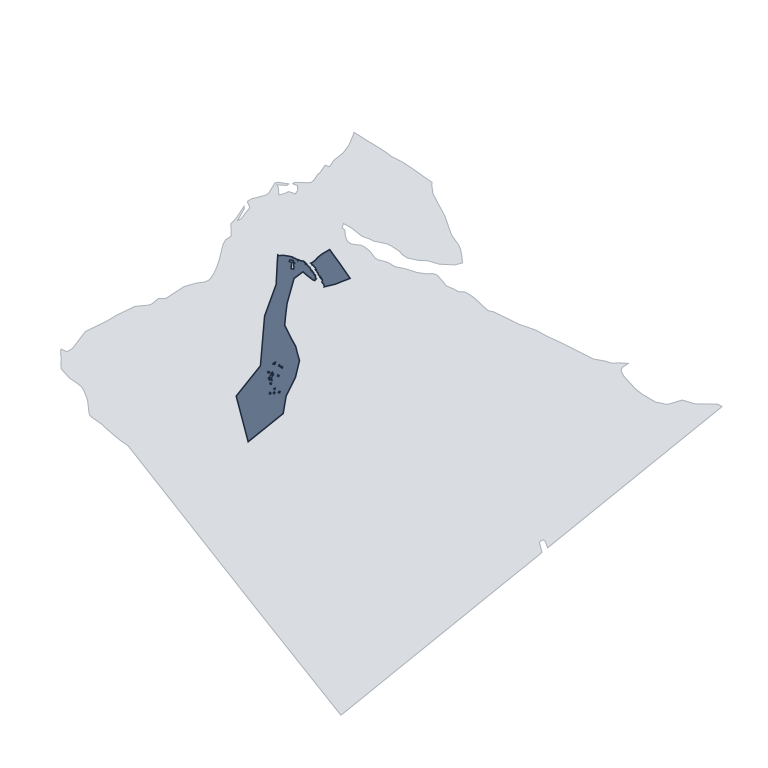 Zemam Out, Al Jizah, Egypt (highlighted), rotated 321°
{"feature_id": "37247803B81980397210132", "entity_name": "Zemam Out", "entity_type": "district", "adm_level": 2, "iso_a3": "EGY", "parent_name": "Egypt", "parent_adm1": "Al Jizah", "projection": "robinson", "projection_center": [30.957, 29.003], "detail": "fine", "context": "in_parent", "style": "filled", "palette": "slate", "viewbox_px": 768, "rotation_deg": 321, "n_neighbors": 0, "source": "geoboundaries", "source_scale": "gbopen_adm2", "svg_char_len": 8144}
<svg xmlns="http://www.w3.org/2000/svg" viewBox="0 0 768 768"><g transform="rotate(321 384 384)"><path d="M632.3,614.3L618.8,614.3L605.2,614.3L591.7,614.3L578.2,614.3L564.7,614.3L551.1,614.3L537.6,614.3L524.1,614.3L510.5,614.3L497.0,614.3L483.5,614.3L470.0,614.3L456.4,614.3L442.9,614.3L429.4,614.3L415.9,614.3L408.1,614.3L409.5,610.1L410.3,607.1L409.4,605.0L406.7,604.5L405.0,605.1L401.0,614.0L398.9,614.4L394.1,614.4L378.3,614.4L362.6,614.3L346.8,614.3L331.1,614.3L315.3,614.3L299.6,614.3L283.8,614.3L268.1,614.3L252.3,614.3L236.6,614.3L220.8,614.3L205.1,614.3L189.3,614.3L173.6,614.3L157.8,614.3L142.1,614.3L142.2,603.6L142.3,592.9L142.4,582.2L142.5,571.5L142.6,560.8L142.7,550.1L142.8,539.3L142.9,528.6L143.0,517.9L143.1,507.2L143.2,496.5L143.3,485.8L143.4,475.1L143.6,464.4L143.7,453.7L143.9,443.0L144.0,432.2L144.1,421.5L144.3,410.8L144.4,400.1L144.6,389.4L144.7,378.7L144.9,368.0L145.0,357.3L145.2,346.6L145.3,335.9L145.5,325.1L145.6,314.4L145.8,303.7L145.9,293.0L146.1,282.3L146.2,271.6L145.9,269.6L143.7,262.3L141.8,253.1L139.8,241.7L139.5,238.0L136.0,226.3L135.7,223.0L136.7,220.6L143.0,210.8L144.9,206.0L146.6,200.2L147.2,195.5L145.5,188.4L143.5,182.0L142.9,175.4L142.8,168.9L146.0,164.5L149.8,160.4L151.2,157.8L153.5,155.0L155.0,153.6L157.9,159.4L164.2,160.4L184.9,155.3L207.5,160.5L220.0,162.4L239.2,166.9L250.9,174.7L254.1,175.7L262.5,175.6L268.0,180.2L290.1,182.5L301.8,187.6L308.5,191.7L312.5,193.0L316.0,192.8L320.8,191.2L326.9,188.3L333.4,184.3L347.1,174.0L351.9,172.2L355.1,172.7L358.9,172.6L360.5,169.8L362.5,167.9L363.8,165.7L365.9,163.1L372.9,162.3L387.1,157.8L385.5,160.0L372.6,165.0L378.1,165.6L383.8,163.9L390.3,162.8L391.4,160.7L392.3,156.7L393.5,156.1L398.0,156.9L411.3,163.0L414.6,163.1L423.9,159.8L425.9,159.1L429.0,160.9L435.9,168.6L433.5,168.5L426.1,161.9L425.4,165.1L421.2,170.9L426.5,173.4L430.8,174.4L433.1,177.6L434.6,180.5L438.8,179.2L441.8,175.3L440.2,173.1L439.2,170.9L440.5,170.8L443.5,172.7L451.9,180.1L454.8,181.6L458.1,181.4L464.9,179.3L466.8,179.6L476.0,176.9L477.1,178.9L478.6,180.8L486.0,178.6L497.6,178.7L507.1,176.3L518.1,170.4L518.9,169.5L519.5,170.9L520.9,174.9L524.3,185.1L527.3,193.1L531.0,204.1L532.2,208.4L532.7,211.3L538.1,223.4L541.3,233.4L543.6,241.5L546.9,253.4L548.3,257.5L546.1,259.7L541.6,267.4L537.0,291.8L530.2,310.9L529.5,322.9L528.4,327.2L525.2,333.3L521.2,339.2L514.1,336.1L502.4,325.7L495.6,315.8L488.4,309.4L481.5,300.9L479.6,294.8L479.6,290.9L476.6,281.3L474.4,276.8L466.0,266.6L463.6,261.2L461.8,258.8L459.9,255.4L456.9,242.2L453.5,233.8L449.8,236.1L450.5,239.7L447.2,244.5L445.3,250.2L446.8,254.8L453.6,261.8L455.0,264.9L456.6,271.6L456.4,280.6L457.5,283.7L462.6,290.4L464.5,294.4L465.6,297.9L467.3,301.0L472.4,306.9L479.7,318.0L486.7,325.5L491.7,329.2L493.8,332.8L494.3,342.2L494.0,346.7L498.4,355.1L500.1,359.4L504.4,362.9L506.3,366.8L508.2,373.3L511.0,392.4L514.7,397.1L526.3,422.2L536.1,438.1L540.9,449.9L548.1,464.4L562.3,496.1L570.7,505.9L574.1,511.3L580.1,515.6L586.7,521.7L580.5,521.1L578.9,521.5L576.7,522.5L575.7,526.2L575.3,529.3L576.2,545.3L577.9,553.5L583.6,569.0L587.7,573.6L589.7,576.6L592.5,578.8L605.6,584.1L613.3,595.3L630.5,609.5L632.2,613.4L632.3,614.3Z" fill="#d9dde1" stroke="#a8b0b8" stroke-width="1"/><path d="M395.2,232.8L394.8,232.6L394.5,231.9L394.4,231.5L394.3,230.7L394.1,230.4L393.9,230.2L393.5,229.7L393.4,229.6L393.2,229.5L393.0,229.3L392.8,229.0L392.7,228.7L392.8,228.5L392.9,228.4L393.0,228.2L393.0,227.8L392.8,227.6L392.6,227.5L392.4,227.3L392.2,227.1L392.0,226.7L391.4,225.8L391.1,225.4L390.6,224.9L389.9,224.1L389.3,223.4L389.0,223.2L388.7,222.8L388.5,222.6L387.8,221.7L387.0,220.9L386.3,220.3L385.4,219.6L384.3,218.9L383.9,218.7L383.6,218.5L383.1,217.9L383.0,217.7L382.7,216.8L378.1,221.7L374.3,226.0L364.7,236.6L363.4,238.4L334.0,256.0L299.4,292.1L261.5,300.4L242.1,343.4L287.1,343.5L300.3,331.8L319.4,323.1L333.1,312.6L335.8,306.2L339.1,299.1L340.5,290.8L343.8,275.9L350.1,269.4L359.4,260.4L380.5,245.4L391.6,245.8L392.6,251.4L394.3,258.5L395.3,260.1L395.9,259.9L396.7,259.7L397.4,259.7L397.2,259.4L397.4,259.0L397.3,258.9L397.6,258.8L397.7,258.5L397.8,258.3L397.8,258.1L397.9,257.9L398.0,257.9L398.0,258.0L398.2,257.8L398.3,257.4L398.5,257.2L398.4,257.0L398.5,256.7L398.9,256.7L399.0,256.5L399.1,256.4L399.2,256.2L399.1,255.9L398.9,256.0L398.9,255.9L399.0,255.6L398.9,255.4L398.7,255.4L398.6,255.1L398.8,254.9L398.8,254.6L398.7,254.4L398.7,254.2L398.8,253.9L398.9,253.7L399.0,253.4L399.2,253.5L399.3,253.3L399.4,253.1L399.2,253.0L399.2,252.9L399.3,252.8L399.4,252.7L399.3,252.4L399.2,252.0L399.2,251.3L399.3,251.0L399.2,251.0L399.3,250.9L399.3,250.7L399.3,250.4L399.2,250.1L399.3,250.1L399.2,249.7L399.0,249.4L398.8,249.4L398.9,249.1L399.1,249.1L399.2,248.9L399.3,248.5L399.5,247.8L399.8,246.9L399.7,246.8L399.6,246.3L399.5,246.0L399.4,245.9L399.3,245.0L399.3,244.6L399.3,244.4L399.3,244.1L399.3,243.7L399.2,243.6L399.2,243.3L399.2,243.1L399.2,242.9L399.3,242.4L399.4,242.1L399.3,241.7L398.8,241.6L398.7,241.7L398.4,241.6L398.5,241.5L398.6,241.4L399.3,241.3L399.4,241.2L399.3,240.9L399.3,240.7L399.2,240.5L399.2,240.4L399.2,240.2L398.8,240.1L398.8,239.9L398.8,239.7L398.9,239.3L399.1,239.2L399.1,238.8L398.8,238.6L398.7,238.5L398.7,238.3L398.8,238.0L398.7,237.8L398.6,237.5L398.3,237.5L398.2,237.4L398.0,237.1L397.9,236.9L397.8,236.7L397.5,236.6L397.4,236.5L397.2,236.3L397.0,235.9L396.9,235.9L396.8,235.6L396.3,235.0L396.3,234.9L396.2,234.8L395.9,234.4L396.0,234.1L396.0,233.9L395.9,233.7L395.6,233.3L395.4,233.2L395.1,233.4L395.2,233.2L395.3,232.9L395.2,232.8ZM388.3,234.9L388.2,235.2L387.7,236.5L387.5,236.8L387.4,236.8L386.4,237.4L385.7,237.7L384.4,235.7L385.8,234.7L386.0,234.5L385.8,234.1L389.1,231.6L387.5,229.4L387.5,229.1L387.8,229.1L388.7,228.4L389.0,228.3L391.0,230.9L391.2,231.1L389.9,232.1L389.6,232.1L390.5,233.5L390.8,233.6L390.7,233.9L390.1,233.7L389.8,233.7L389.0,234.3L388.3,234.9ZM304.4,306.2L304.2,307.1L301.8,307.6L300.4,308.7L299.4,307.9L297.4,308.6L297.8,306.6L299.8,306.7L301.8,305.5L302.2,306.2L303.3,305.8L303.3,304.4L304.8,304.6L304.4,306.2ZM312.4,299.5L311.3,300.0L310.2,298.7L311.5,298.2L313.3,298.6L313.5,298.8L312.4,299.5ZM302.6,302.6L301.4,303.1L300.9,301.8L301.9,301.3L302.6,302.6ZM297.1,312.7L296.1,313.3L295.4,312.1L296.4,311.5L297.1,312.7ZM298.5,324.5L297.2,325.2L296.6,324.1L297.8,323.6L298.5,324.5ZM316.0,307.0L314.8,307.6L314.4,306.4L315.5,305.9L316.0,307.0ZM290.4,319.8L289.3,320.4L288.8,319.4L290.0,318.7L290.4,319.8ZM307.8,311.3L306.8,311.9L306.3,310.7L307.4,310.2L307.8,311.3ZM293.9,321.9L292.7,322.5L292.3,321.4L293.4,321.0L293.9,321.9ZM314.9,304.2L314.1,304.8L313.5,303.7L314.7,303.1L314.9,304.2ZM296.8,318.8L295.6,319.6L295.2,318.5L295.9,318.2L296.8,318.8ZM299.6,309.5L298.8,309.8L298.5,309.1L299.3,308.8L299.6,309.5ZM299.5,310.5L299.2,310.9L298.8,310.8L298.7,310.5L299.2,310.2L299.5,310.5ZM426.4,245.3L417.9,244.0L412.6,243.9L407.9,244.6L404.6,244.4L403.2,244.0L403.3,244.3L403.3,244.9L403.3,245.4L403.2,246.0L403.0,246.3L403.2,246.5L403.3,246.6L403.5,246.7L403.7,247.2L403.6,247.5L403.6,248.3L403.6,248.6L403.5,249.0L403.8,249.7L403.8,249.8L403.8,250.2L403.8,250.6L403.7,251.0L403.6,251.3L403.5,251.5L403.4,251.6L403.2,251.8L403.5,251.9L403.5,252.1L403.3,252.4L403.1,252.6L402.7,252.5L402.6,252.4L402.6,252.5L402.7,253.3L402.8,253.4L402.9,253.7L402.8,254.0L402.6,254.7L402.5,255.1L402.3,255.3L402.4,255.5L402.5,255.6L402.5,255.9L402.6,256.1L402.4,256.5L402.0,257.0L401.9,257.5L401.8,257.9L401.8,258.1L401.8,258.3L401.8,258.7L401.8,259.0L402.0,259.3L402.1,259.5L402.0,259.8L401.9,260.1L401.7,260.3L401.5,260.6L401.4,260.8L401.5,260.9L401.8,260.9L401.9,261.0L402.2,261.0L402.3,261.1L402.3,261.4L402.2,261.5L401.8,261.5L401.6,261.5L401.4,261.6L401.4,261.8L401.3,262.0L401.4,262.4L401.5,262.5L401.4,262.9L401.4,263.0L401.5,263.1L401.8,263.3L401.7,263.6L401.7,264.2L401.6,264.6L401.5,264.8L401.2,265.0L400.8,265.0L400.7,265.1L400.5,265.3L400.2,265.5L399.9,265.6L399.8,265.8L399.8,266.1L399.8,266.3L399.8,266.5L399.9,267.9L399.9,268.0L400.0,268.1L400.1,268.4L400.0,268.7L399.8,268.9L399.6,269.3L399.4,269.5L399.1,270.2L399.0,270.4L398.9,270.8L398.7,270.9L409.2,275.9L415.9,277.9L424.1,280.6L425.5,261.9L426.0,251.5L426.4,245.3Z" fill="#64748b" stroke="#1e293b" stroke-width="1.5"/></g></svg>